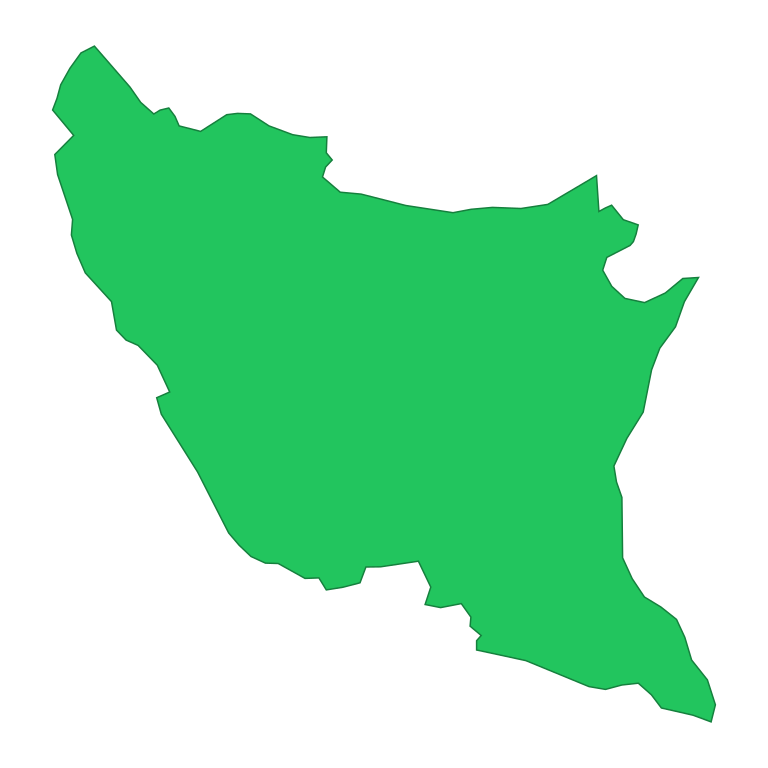 the District of Ratnapura
{"feature_id": "LKA-2463", "entity_name": "Ratnapura", "entity_type": "District", "adm_level": 1, "iso_a3": "LKA", "parent_name": "Sri Lanka", "parent_adm1": "", "projection": "robinson", "projection_center": [80.592, 6.578], "detail": "fine", "context": "isolated", "style": "filled", "palette": "green", "viewbox_px": 768, "rotation_deg": 0, "n_neighbors": 0, "source": "natural_earth", "source_scale": "10m", "svg_char_len": 1505}
<svg xmlns="http://www.w3.org/2000/svg" viewBox="0 0 768 768"><path d="M698.5,277.5L684.4,301.7L675.5,326.8L659.8,348.2L651.6,369.8L643.2,412.1L626.9,438.3L613.9,466.0L616.5,482.0L621.9,497.4L622.6,557.8L632.2,578.7L644.4,597.0L660.9,607.0L676.5,619.4L684.8,637.3L691.6,660.0L707.4,679.9L715.4,704.8L711.1,721.9L693.0,715.2L661.4,708.0L651.4,694.8L638.3,683.2L621.9,685.0L605.5,689.4L589.0,686.6L525.8,660.6L476.6,650.0L476.6,640.7L481.2,635.5L470.1,626.2L470.9,617.1L461.3,603.6L440.6,607.6L425.1,604.5L430.8,587.1L418.4,561.2L380.6,566.8L365.9,567.0L360.0,582.8L343.1,587.2L326.3,589.9L318.9,577.9L305.0,578.4L278.2,563.5L265.4,563.1L251.0,556.5L239.2,545.3L228.7,533.0L197.6,472.0L161.3,414.2L156.7,397.7L169.7,392.0L157.3,365.2L138.1,345.4L126.1,340.1L116.5,330.1L111.5,301.6L85.3,272.9L76.9,253.4L71.4,235.0L72.6,219.4L57.6,174.6L54.8,154.5L73.7,135.4L52.6,110.0L57.0,98.4L60.7,84.8L70.0,68.2L81.0,52.9L94.4,46.1L130.0,87.1L140.7,102.4L153.8,114.0L160.1,110.1L168.8,108.0L175.0,116.4L179.1,125.9L200.6,131.4L226.7,114.7L237.5,113.4L250.5,113.9L269.0,125.9L292.7,134.7L309.8,137.5L326.9,136.8L326.3,152.8L332.2,160.0L325.6,167.0L322.5,177.0L340.2,192.2L361.1,194.1L405.8,205.5L453.0,212.7L471.1,209.3L492.4,207.4L521.0,208.5L547.8,204.4L596.5,175.6L598.9,211.5L605.3,208.0L611.6,205.2L623.3,219.7L638.2,224.9L636.1,234.0L633.4,241.6L630.1,245.4L606.8,257.4L602.7,270.2L611.8,286.4L624.9,298.4L644.6,302.6L665.3,293.0L682.8,278.5L698.5,277.5Z" fill="#22c55e" stroke="#15803d" stroke-width="1.5"/></svg>